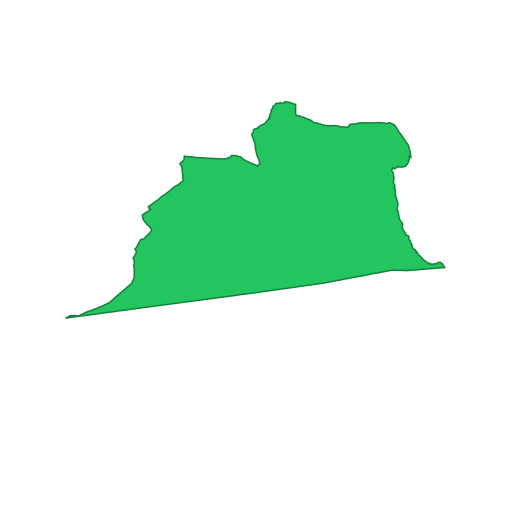 Longido, Arusha, United Republic of Tanzania, rotated 143°
{"feature_id": "72390352B95731720096997", "entity_name": "Longido", "entity_type": "district", "adm_level": 2, "iso_a3": "TZA", "parent_name": "United Republic of Tanzania", "parent_adm1": "Arusha", "projection": "orthographic", "projection_center": [36.6, -2.642], "detail": "fine", "context": "isolated", "style": "filled", "palette": "green", "viewbox_px": 512, "rotation_deg": 143, "n_neighbors": 0, "source": "geoboundaries", "source_scale": "gbopen_adm2", "svg_char_len": 5908}
<svg xmlns="http://www.w3.org/2000/svg" viewBox="0 0 512 512"><g transform="rotate(143 256 256)"><path d="M312.3,360.1L312.1,359.8L312.0,359.4L313.0,358.0L313.0,357.6L312.9,357.4L312.1,356.8L312.1,356.6L315.3,356.5L316.1,356.6L317.4,357.0L319.6,357.1L320.9,357.0L322.3,357.1L323.8,354.0L324.0,353.1L324.2,351.0L324.2,347.8L323.2,342.6L323.4,340.7L323.9,339.6L324.0,339.4L325.8,338.7L326.9,338.4L330.1,338.0L330.8,337.8L332.0,337.8L332.8,337.7L333.3,337.4L334.9,337.2L335.6,337.3L337.3,338.2L338.1,338.5L339.2,338.2L340.2,337.5L341.6,337.0L343.4,336.3L345.8,334.9L348.5,334.4L348.6,332.9L348.8,331.7L349.0,331.2L352.2,329.5L353.8,328.8L355.1,328.4L355.5,328.1L355.9,326.2L356.9,324.2L357.3,323.8L359.1,322.1L359.7,321.5L360.6,319.9L360.9,319.1L362.3,317.3L363.7,315.2L364.8,314.2L365.6,312.9L367.5,311.1L368.5,310.8L370.1,310.2L370.7,309.7L370.9,309.0L387.7,308.0L393.0,307.7L395.2,307.4L401.6,307.0L411.1,309.1L417.2,310.7L417.3,310.9L419.5,311.4L425.8,313.5L428.1,313.8L431.9,314.5L434.0,315.1L436.9,317.7L440.4,320.1L445.5,321.0L435.0,315.2L431.4,313.1L430.0,312.4L420.8,307.1L419.7,306.4L408.5,300.3L401.3,296.1L399.5,295.3L394.0,292.0L386.5,287.9L313.3,246.6L298.2,238.0L289.5,233.3L285.7,231.0L282.2,229.1L280.7,228.2L216.5,192.7L212.4,190.8L209.7,189.3L206.2,187.8L203.7,186.3L199.1,184.3L197.0,183.1L192.7,181.0L191.3,180.4L189.9,179.6L188.5,179.0L183.7,176.5L176.8,173.1L174.5,172.2L169.0,169.2L160.8,165.3L155.8,162.7L151.7,159.5L144.0,153.3L133.0,146.4L112.2,133.2L111.9,137.3L112.3,139.0L112.3,139.5L113.2,140.4L114.2,141.2L114.7,141.3L116.0,141.1L116.5,141.1L117.1,141.4L118.2,142.6L119.5,142.7L119.9,143.2L121.2,143.8L121.4,144.3L121.1,144.8L121.2,145.1L121.5,145.2L122.4,145.3L122.7,145.5L122.5,146.6L123.2,147.9L123.5,149.1L124.1,150.3L124.1,151.1L124.6,152.9L124.9,157.4L125.2,158.2L125.7,159.4L125.7,160.0L125.4,160.3L125.1,160.9L125.2,161.5L125.5,162.0L125.9,162.1L125.9,162.7L125.7,162.9L125.5,162.7L125.1,163.0L125.1,163.4L125.3,164.4L125.1,165.0L126.0,165.5L126.2,165.8L126.2,166.1L125.7,166.8L125.6,167.4L126.1,168.4L125.2,170.2L125.2,170.5L125.4,170.9L125.1,171.3L124.7,171.4L124.3,172.0L124.6,173.1L124.3,173.7L124.3,174.2L123.8,175.1L123.8,176.7L123.7,177.5L123.1,178.6L122.3,179.4L122.1,179.8L122.6,181.1L123.2,181.7L123.4,182.1L123.4,182.6L122.9,184.9L122.9,185.9L122.6,188.9L121.5,191.9L120.0,193.0L119.7,193.3L119.4,193.8L119.3,194.3L119.5,196.8L119.3,198.3L118.8,200.0L115.5,206.4L115.4,208.2L115.0,208.9L113.2,210.2L112.1,211.3L111.5,212.1L110.7,213.4L108.6,218.8L108.6,219.6L108.4,220.3L107.4,221.3L107.1,221.9L105.9,223.6L105.0,224.6L104.7,225.4L105.1,226.9L105.1,227.3L104.9,227.4L104.1,227.3L103.7,227.5L103.2,228.1L102.7,228.9L102.3,229.9L102.5,231.4L100.2,233.9L99.9,234.0L99.4,234.7L98.8,235.3L98.3,236.2L98.3,236.5L97.8,237.5L97.1,238.2L96.4,240.0L96.3,241.6L96.3,242.5L96.2,242.8L95.8,243.2L94.0,243.7L93.9,243.7L94.0,243.4L93.9,243.2L93.7,243.1L93.4,243.0L93.2,243.4L93.0,242.7L92.6,242.3L92.2,242.3L91.2,242.0L90.7,242.1L90.3,242.0L89.2,242.4L88.6,242.1L88.9,241.6L88.7,241.3L88.4,241.3L88.2,241.4L87.7,240.6L87.5,240.4L86.3,239.4L85.2,238.8L83.7,238.1L83.3,237.7L82.4,237.7L81.2,238.1L80.0,238.2L79.0,238.7L78.7,238.8L78.1,239.1L77.0,240.0L76.7,240.6L76.1,240.3L74.4,241.7L74.0,242.2L73.8,243.2L73.7,243.0L73.5,242.1L73.3,241.7L73.0,241.5L70.9,244.9L69.4,248.2L68.6,250.8L67.8,252.2L67.7,252.7L67.6,253.5L67.6,256.5L67.1,263.5L67.2,268.7L66.5,275.0L66.5,276.6L66.6,277.2L67.4,279.2L68.6,281.3L69.7,282.5L71.3,282.8L71.6,283.0L72.9,284.1L73.3,284.8L74.1,285.6L77.4,288.5L80.8,290.7L93.8,300.4L94.2,300.6L94.6,300.5L95.6,301.1L98.0,302.1L98.5,302.3L99.2,303.3L99.9,303.6L100.6,304.1L101.7,304.5L102.2,304.6L102.7,304.2L103.0,303.8L103.3,303.8L104.0,304.0L104.4,303.8L105.1,303.8L105.8,304.1L106.9,305.2L107.8,305.6L109.8,307.5L110.7,308.6L111.7,309.6L112.8,310.9L114.2,312.4L115.0,313.1L117.3,314.6L120.5,317.1L123.6,320.1L126.6,324.7L127.8,326.0L129.8,328.0L130.0,329.9L130.8,332.1L133.4,335.9L134.3,337.8L137.4,341.9L137.3,342.0L138.7,343.5L139.0,344.1L139.0,344.8L138.7,345.7L137.5,347.5L133.2,353.1L136.2,357.6L138.0,359.9L140.1,361.8L140.4,361.4L140.9,361.5L141.7,361.4L142.3,361.6L143.1,362.1L143.8,362.9L144.0,363.6L144.2,363.8L145.6,364.3L146.0,364.2L147.3,365.4L148.4,365.8L148.7,365.9L149.1,365.3L149.7,365.0L150.3,365.2L151.7,365.1L152.2,365.4L153.5,364.1L154.3,363.9L154.7,363.7L155.2,363.6L155.7,363.3L156.2,363.3L156.5,363.0L156.5,362.8L156.8,362.6L156.9,362.1L157.8,361.5L159.0,361.1L159.5,360.5L160.0,360.2L159.9,360.0L160.1,359.7L160.7,359.4L160.7,359.5L160.9,359.5L161.0,359.3L161.1,359.1L161.3,359.0L161.7,359.0L161.8,358.7L162.2,358.6L162.4,358.5L162.2,358.0L162.4,358.0L162.9,358.1L163.0,358.0L162.9,357.6L163.1,357.5L163.5,357.7L163.8,357.6L164.3,357.7L165.0,357.5L165.6,357.6L165.8,357.3L166.0,357.3L166.4,357.1L167.7,357.0L169.4,356.5L169.8,356.5L170.1,356.8L170.7,356.7L171.5,357.0L172.6,357.1L173.3,357.4L175.0,357.6L176.5,357.3L176.8,357.5L177.4,357.4L178.0,357.2L178.7,357.4L179.2,357.7L180.3,358.1L181.9,358.3L183.1,357.2L184.0,356.2L184.5,355.9L185.1,356.2L185.4,355.8L186.1,355.6L186.3,355.6L188.5,348.8L190.1,344.1L190.9,343.8L191.6,342.3L191.8,342.1L194.3,336.8L195.5,332.8L195.7,331.7L197.3,327.1L199.2,327.4L200.8,327.1L201.0,327.8L206.2,337.1L207.8,340.4L208.6,344.2L211.4,347.9L214.9,351.0L217.2,350.5L221.7,351.9L224.4,353.8L230.5,358.8L234.8,362.4L238.8,365.9L245.8,371.8L246.1,372.4L246.7,372.9L248.0,374.3L249.8,375.7L253.2,378.8L254.2,377.9L254.7,376.8L255.2,376.3L256.3,376.2L257.1,375.8L257.8,375.7L258.4,375.6L258.9,375.8L259.8,375.8L261.3,375.6L261.3,374.8L261.5,372.7L261.8,371.8L262.1,371.3L262.0,370.6L264.6,367.1L265.6,364.7L266.5,363.9L267.6,362.3L267.8,360.8L268.1,360.3L269.0,360.0L271.8,360.0L272.9,359.7L275.9,359.8L276.9,360.1L278.2,360.2L279.0,360.5L283.9,360.1L287.7,360.0L293.1,360.0L294.7,360.3L298.1,360.0L300.0,359.8L303.3,360.0L312.3,360.1Z" fill="#22c55e" stroke="#15803d" stroke-width="1.5"/></g></svg>